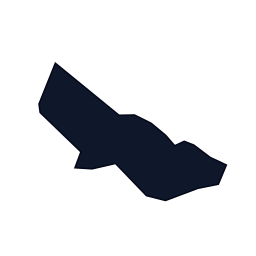 outline of Carnikavas, rotated 64°
{"feature_id": "LVA-5758", "entity_name": "Carnikavas", "entity_type": "Municipality", "adm_level": 1, "iso_a3": "LVA", "parent_name": "Latvia", "parent_adm1": "", "projection": "natural_earth1", "projection_center": [24.253, 57.126], "detail": "fine", "context": "isolated", "style": "filled", "palette": "ink", "viewbox_px": 256, "rotation_deg": 64, "n_neighbors": 0, "source": "natural_earth", "source_scale": "10m", "svg_char_len": 410}
<svg xmlns="http://www.w3.org/2000/svg" viewBox="0 0 256 256"><g transform="rotate(64 128 128)"><path d="M37.9,164.9L112.6,130.5L119.1,116.5L133.9,105.1L151.2,97.3L164.4,93.8L164.6,83.3L172.2,76.3L190.5,67.0L204.4,55.8L218.1,71.4L212.8,91.9L209.6,126.1L196.9,141.1L154.4,154.8L149.0,178.1L140.5,193.1L128.8,180.8L75.6,200.2L67.4,197.5L37.9,164.9Z" fill="#0f172a" stroke="#020617" stroke-width="1.5"/></g></svg>